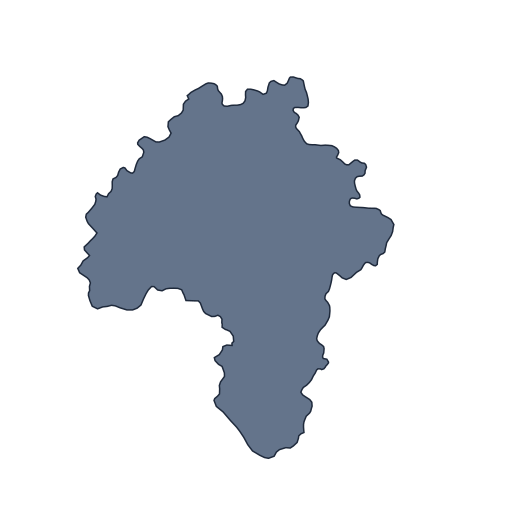 the district of Salihorsk, Minsk, Belarus, rotated 47°
{"feature_id": "67162791B12460087089540", "entity_name": "Salihorsk", "entity_type": "district", "adm_level": 2, "iso_a3": "BLR", "parent_name": "Belarus", "parent_adm1": "Minsk", "projection": "albers", "projection_center": [27.47, 52.67], "detail": "fine", "context": "isolated", "style": "filled", "palette": "slate", "viewbox_px": 512, "rotation_deg": 47, "n_neighbors": 0, "source": "geoboundaries", "source_scale": "gbopen_adm2", "svg_char_len": 5518}
<svg xmlns="http://www.w3.org/2000/svg" viewBox="0 0 512 512"><g transform="rotate(47 256 256)"><path d="M417.8,341.3L415.6,339.6L413.5,337.9L411.5,336.0L410.0,334.0L409.0,332.0L407.4,328.5L407.4,325.8L407.4,323.9L406.8,321.8L405.3,319.5L404.1,317.4L401.0,314.9L397.7,314.6L394.5,315.4L392.2,316.0L389.4,316.6L386.2,316.1L385.0,313.4L384.4,311.0L385.0,307.1L384.9,303.3L384.3,299.7L382.8,295.9L382.0,292.6L380.7,289.4L380.8,287.6L382.6,285.8L383.8,285.5L384.8,283.3L384.5,281.0L384.1,280.0L384.0,278.0L383.6,275.9L383.0,275.3L379.8,274.6L378.5,275.5L376.9,276.7L375.4,276.3L374.0,274.7L373.1,272.6L372.0,271.4L370.2,269.4L368.3,268.3L365.7,268.6L363.3,269.2L361.7,269.2L359.6,269.0L357.8,268.0L356.1,265.5L354.8,262.9L353.9,259.1L353.7,255.0L353.7,252.8L352.0,247.1L350.5,243.8L348.4,241.4L346.6,239.4L343.8,237.0L342.4,236.1L338.8,235.2L336.3,235.2L334.2,234.8L332.4,232.8L331.3,230.5L331.3,227.2L330.1,224.6L328.3,221.7L326.8,219.4L325.1,217.0L323.4,214.9L322.0,212.9L321.7,211.1L322.0,209.7L323.3,208.8L327.9,208.1L330.7,207.9L334.7,206.0L335.4,204.1L336.5,201.1L336.5,197.3L336.5,193.6L337.5,188.7L337.1,187.0L336.0,183.7L335.6,181.7L335.6,180.2L336.9,178.6L338.4,177.6L341.0,177.1L343.4,176.3L344.7,175.2L344.8,173.0L343.3,171.5L341.1,168.8L339.9,165.7L339.9,163.8L340.9,161.4L340.9,159.1L338.9,156.5L337.0,153.6L335.4,151.4L334.1,146.8L333.2,143.2L331.3,139.4L328.6,136.1L327.0,133.7L326.1,133.5L321.4,132.4L317.9,133.3L314.2,134.7L312.8,135.3L310.9,135.6L309.4,135.1L307.5,134.2L305.9,134.5L303.0,135.7L300.7,138.1L297.8,141.1L293.9,144.4L290.7,147.5L287.7,150.4L286.0,151.8L283.6,152.8L281.2,151.9L279.7,150.4L278.7,148.4L278.7,147.2L279.3,146.0L281.1,144.4L283.0,143.3L283.9,141.4L283.9,139.9L282.0,138.5L280.1,138.1L277.4,137.9L275.5,137.3L272.4,135.7L270.0,134.3L268.2,132.8L266.9,130.2L267.0,127.8L268.2,125.9L270.0,123.8L270.3,121.7L269.8,119.8L268.0,118.0L267.0,115.8L266.4,114.6L263.9,113.4L262.1,113.5L260.0,115.2L258.2,115.8L256.4,116.1L255.0,116.4L253.2,118.4L252.9,120.8L252.7,123.9L252.6,125.9L251.1,127.5L249.3,128.3L246.6,128.4L243.1,128.7L241.7,129.3L239.3,130.2L238.5,129.6L238.0,127.7L236.8,125.0L235.0,123.8L232.2,123.6L229.7,124.2L227.0,125.3L224.3,127.7L222.2,129.7L219.4,133.2L214.8,137.0L213.2,138.8L210.6,141.2L208.5,142.4L205.1,142.4L203.0,141.9L201.0,141.3L199.5,140.7L196.5,140.0L194.7,139.5L192.5,139.5L190.5,139.5L188.8,139.1L187.4,137.7L186.8,135.0L186.0,132.8L184.0,129.8L181.6,129.2L179.1,129.4L178.1,129.8L176.4,130.0L174.7,129.5L173.6,128.0L173.8,126.4L176.0,123.9L178.1,122.1L180.2,119.9L181.4,118.2L181.7,115.7L179.5,113.0L176.8,110.9L173.5,109.0L170.9,107.6L167.4,106.3L165.1,105.0L162.8,103.6L160.2,102.0L158.8,102.1L156.5,102.7L154.7,104.3L152.6,105.5L150.7,106.5L148.6,108.8L148.7,110.2L150.0,113.1L150.9,115.3L150.6,118.6L148.7,120.2L146.0,121.7L143.5,122.4L139.9,123.3L138.5,126.0L138.5,128.2L140.7,132.1L143.0,135.1L144.0,137.4L142.6,140.6L138.6,141.4L136.4,142.3L132.8,144.4L130.3,146.2L128.2,148.5L128.6,151.4L131.0,153.8L133.1,155.5L135.0,158.2L135.6,161.2L134.8,163.9L132.9,166.9L131.1,168.8L129.0,171.3L126.9,174.9L124.6,177.0L122.2,177.2L120.9,176.6L119.6,174.8L118.2,173.2L116.4,171.8L113.9,170.9L112.0,170.9L109.4,170.8L107.8,170.2L105.4,168.5L103.2,168.6L101.3,169.2L98.9,171.0L96.9,172.9L96.8,173.1L95.9,175.2L94.9,180.2L94.2,183.9L93.1,187.2L92.0,192.0L92.0,195.3L91.8,196.9L95.3,198.1L94.7,202.0L95.5,205.6L96.7,206.8L99.7,209.8L100.6,213.1L100.3,217.2L98.4,220.8L98.1,225.0L98.1,228.6L101.4,232.2L104.7,233.4L108.2,234.3L109.7,238.5L109.1,243.6L106.7,249.0L104.3,251.4L98.0,253.4L94.9,254.6L92.5,256.4L92.5,256.6L91.6,262.4L92.5,265.4L93.7,266.3L96.4,266.3L99.4,266.0L101.5,266.0L103.6,267.3L105.9,271.5L105.3,275.1L105.9,277.8L107.4,281.1L109.5,284.7L111.2,287.4L111.2,289.8L109.7,291.0L105.5,292.2L102.2,291.8L100.7,292.7L99.8,296.0L101.0,299.3L102.8,302.3L103.1,304.7L102.1,308.0L103.6,310.5L106.6,313.2L108.7,315.3L109.9,318.0L109.9,321.3L111.1,324.6L108.9,326.4L105.3,328.2L101.7,328.8L101.7,330.6L102.9,333.0L105.3,334.2L106.8,336.0L108.3,338.7L109.1,343.5L109.7,348.9L109.7,351.6L111.5,354.1L115.7,355.9L118.1,356.5L121.1,356.5L124.1,356.5L129.2,356.6L130.7,356.6L131.6,360.2L131.9,363.8L131.9,366.5L132.2,370.1L132.2,372.2L132.2,375.5L134.6,377.3L138.8,377.4L142.1,377.4L142.4,380.1L141.7,385.8L143.2,390.3L143.5,394.8L148.0,396.4L156.8,394.3L159.8,394.3L162.8,395.5L164.6,398.5L167.9,401.3L168.8,403.7L170.6,405.5L175.4,407.9L180.8,409.9L181.1,410.0L186.6,407.9L188.7,402.8L191.4,399.2L193.5,395.3L196.5,392.9L201.1,390.8L207.4,387.2L211.3,383.0L213.1,378.5L213.4,373.6L210.7,367.6L208.6,362.2L207.4,358.0L207.1,353.2L208.9,351.4L213.8,351.1L217.4,348.4L218.6,344.2L220.7,341.2L223.7,337.9L226.4,335.2L230.0,333.4L234.2,334.9L234.8,334.9L240.8,337.6L242.9,335.5L246.8,331.6L249.5,328.8L252.5,328.8L258.2,331.2L260.9,332.1L263.7,332.1L270.0,329.7L272.1,327.3L273.3,324.3L276.0,323.4L279.0,324.0L281.7,326.7L282.6,327.0L285.0,329.4L288.9,328.5L289.8,327.9L293.4,326.4L299.1,327.3L303.3,330.6L303.3,333.0L305.1,334.5L301.2,338.1L299.7,342.0L301.8,344.7L303.1,350.1L301.9,355.8L304.6,357.3L309.7,357.3L313.6,356.1L319.9,358.8L322.6,361.2L323.9,367.8L325.7,371.1L328.4,373.2L332.0,376.8L332.3,379.8L332.1,383.4L333.0,385.2L339.0,387.6L347.7,386.4L359.2,386.9L367.9,386.9L373.0,387.4L380.3,388.6L388.4,390.7L396.2,391.5L404.4,389.1L409.2,387.2L412.5,384.8L414.8,379.3L413.3,374.8L413.6,370.9L416.5,364.9L419.8,361.9L420.4,358.2L420.4,353.1L418.2,349.2L416.7,347.4L416.7,344.4L417.8,341.3Z" fill="#64748b" stroke="#1e293b" stroke-width="1.5"/></g></svg>